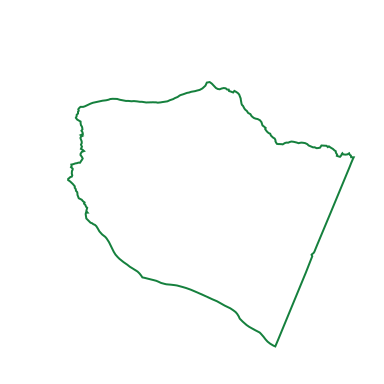 outline of Juruena, Mato Grosso, Brazil, rotated 113°
{"feature_id": "56859067B78925689258289", "entity_name": "Juruena", "entity_type": "district", "adm_level": 2, "iso_a3": "BRA", "parent_name": "Brazil", "parent_adm1": "Mato Grosso", "projection": "equal_earth", "projection_center": [-58.641, -10.397], "detail": "fine", "context": "isolated", "style": "outline", "palette": "green", "viewbox_px": 384, "rotation_deg": 113, "n_neighbors": 0, "source": "geoboundaries", "source_scale": "gbopen_adm2", "svg_char_len": 3715}
<svg xmlns="http://www.w3.org/2000/svg" viewBox="0 0 384 384"><g transform="rotate(113 192 192)"><path d="M157.2,327.9L158.7,328.6L160.3,329.0L161.5,328.0L162.6,328.3L164.3,327.6L166.0,328.3L167.4,327.8L169.1,327.9L170.2,326.0L170.4,324.4L170.7,322.1L172.4,321.3L173.9,320.3L174.7,319.0L175.8,318.1L177.2,317.3L178.8,317.7L179.8,316.1L181.3,315.1L183.0,316.6L183.2,314.8L184.5,315.8L185.9,315.8L186.9,314.9L188.4,313.4L190.0,312.6L191.8,312.7L193.3,311.0L195.7,311.1L195.9,309.2L196.5,307.4L198.1,309.1L200.2,309.5L201.5,309.1L202.2,307.9L203.0,306.7L203.9,305.7L205.0,305.8L206.9,306.2L208.8,306.5L209.4,308.1L210.3,309.0L211.3,310.6L212.8,312.2L213.9,313.8L215.2,312.9L216.4,313.1L217.1,311.0L218.1,310.6L219.6,310.7L221.9,309.9L223.5,308.7L224.9,308.7L225.7,309.8L226.9,310.3L228.2,311.1L229.4,310.7L229.9,308.3L230.6,306.4L231.2,304.8L232.6,302.1L233.9,301.6L234.8,300.1L236.2,299.3L237.0,297.6L238.3,296.8L239.4,296.3L242.0,293.8L242.2,290.5L243.1,288.8L243.6,286.8L244.9,286.8L245.6,285.1L247.0,283.7L247.5,282.3L249.1,282.1L250.9,281.8L251.8,280.1L252.5,281.5L253.8,281.3L255.3,280.4L257.7,278.9L259.9,273.4L259.8,271.7L260.2,270.3L260.2,268.5L260.8,266.8L262.1,264.9L264.4,261.9L265.5,259.6L266.2,258.1L267.2,254.3L268.1,252.5L270.6,248.8L277.6,240.7L279.5,238.0L280.9,235.1L281.9,232.6L283.3,227.6L284.2,223.2L285.1,220.0L285.4,217.9L286.5,211.1L287.5,208.5L288.7,206.3L290.0,204.3L289.6,202.4L288.9,197.9L288.1,192.9L287.7,190.1L287.7,187.9L287.8,184.9L287.3,181.4L287.0,179.6L285.5,175.0L284.4,171.2L283.9,169.2L283.1,163.4L282.7,159.9L282.4,155.0L282.4,149.9L282.5,141.4L282.8,131.3L282.8,126.4L283.2,122.7L283.8,117.5L284.1,111.3L284.8,107.6L285.5,104.9L286.6,102.7L288.3,100.3L289.9,98.6L291.5,94.7L293.1,89.9L293.8,86.5L294.5,80.0L294.9,74.8L295.6,73.1L297.4,69.4L298.9,66.8L300.2,64.0L301.1,60.7L301.6,57.0L301.6,55.0L296.4,55.0L294.4,55.0L223.8,55.7L222.3,55.7L204.1,56.2L203.1,57.4L201.9,57.0L200.8,56.3L199.2,56.0L193.5,56.1L156.7,56.3L119.4,56.6L106.7,56.7L103.6,56.8L98.7,56.8L96.9,56.7L97.8,59.1L96.4,60.0L96.1,61.4L95.0,62.5L96.6,63.6L97.6,65.2L98.3,67.5L97.6,68.7L98.8,69.0L100.0,68.9L101.8,69.5L102.0,71.3L102.1,72.8L100.9,73.0L99.6,74.9L98.3,75.6L98.0,77.2L97.3,79.1L96.9,82.0L96.5,83.8L97.6,84.5L96.9,86.2L97.4,87.6L98.0,89.3L98.6,91.0L101.2,91.5L102.4,93.3L103.0,94.6L102.9,96.5L103.6,98.1L103.6,100.5L103.6,102.9L102.9,104.5L102.8,106.9L103.3,109.0L103.8,110.6L104.6,111.9L105.4,112.9L105.6,115.2L106.1,118.1L106.7,120.2L107.8,121.6L109.0,122.7L109.6,124.3L110.5,125.5L111.7,126.4L112.7,127.1L113.1,128.7L114.1,131.1L114.5,132.6L113.6,134.0L112.7,135.0L111.7,135.4L110.5,136.8L110.2,138.8L109.2,141.4L107.8,142.8L107.8,144.5L107.2,146.3L106.3,148.0L105.4,149.3L104.3,149.2L103.6,151.4L103.2,153.1L101.8,154.3L100.6,155.3L99.4,157.5L99.2,160.1L99.6,162.0L99.7,163.8L99.3,165.5L98.8,166.9L97.5,168.7L97.3,171.2L95.9,173.3L95.5,174.9L94.7,176.4L92.8,178.7L92.3,180.0L91.4,180.9L90.0,181.8L88.2,183.0L86.8,183.8L85.5,185.1L83.8,186.7L83.0,188.5L82.6,190.5L82.4,192.5L84.3,193.0L84.4,195.8L84.6,197.3L83.4,198.2L84.0,199.6L83.4,201.5L83.9,203.4L85.2,205.2L86.6,206.6L87.1,208.6L86.9,210.6L86.2,212.2L84.5,216.1L83.9,218.7L85.5,221.1L88.9,221.2L92.6,222.9L95.0,224.8L96.8,227.2L97.9,228.5L100.0,231.8L101.6,233.6L102.7,235.3L105.5,238.3L106.9,240.0L107.9,241.0L110.2,242.4L112.2,244.4L113.8,245.6L116.2,248.3L118.1,250.0L119.4,252.1L120.8,254.4L121.9,256.1L123.2,258.5L123.5,260.1L124.8,263.3L127.5,269.2L128.5,273.2L129.3,275.1L130.0,277.8L131.0,281.0L132.1,283.1L133.1,286.4L134.0,288.5L135.3,294.5L135.6,297.3L137.2,301.4L138.4,303.6L139.6,304.8L141.2,307.0L142.9,310.0L148.6,318.1L150.4,320.0L154.9,324.0L156.2,325.5L157.2,327.9Z" fill="none" stroke="#15803d" stroke-width="2"/></g></svg>